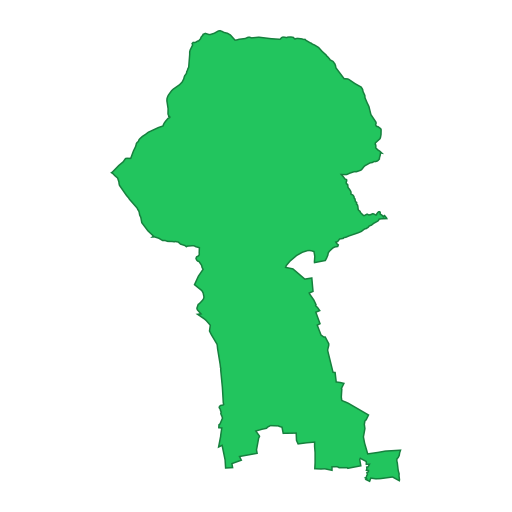 the district of Beclean, Brasov, Romania
{"feature_id": "2599482B11377759277161", "entity_name": "Beclean", "entity_type": "district", "adm_level": 2, "iso_a3": "ROU", "parent_name": "Romania", "parent_adm1": "Brasov", "projection": "mercator", "projection_center": [24.929, 45.848], "detail": "fine", "context": "isolated", "style": "filled", "palette": "green", "viewbox_px": 512, "rotation_deg": 0, "n_neighbors": 0, "source": "geoboundaries", "source_scale": "gbopen_adm2", "svg_char_len": 6036}
<svg xmlns="http://www.w3.org/2000/svg" viewBox="0 0 512 512"><path d="M399.3,480.7L399.5,479.7L399.0,475.9L399.1,473.7L398.3,471.0L398.0,469.0L397.3,462.9L396.8,460.9L396.9,459.4L397.0,458.8L398.2,457.5L399.2,455.5L399.7,452.5L400.5,450.2L385.3,451.1L378.2,452.4L367.7,453.9L364.6,443.2L363.4,436.9L364.9,428.6L364.3,424.1L364.7,422.6L364.5,422.0L365.3,420.4L366.1,419.9L368.5,415.0L348.2,403.2L341.8,400.5L341.3,397.1L341.8,389.1L341.4,388.5L343.9,383.4L340.2,382.5L336.2,382.0L335.1,372.5L333.0,372.3L327.7,350.7L327.7,349.5L328.7,345.6L328.8,343.9L325.2,337.0L323.7,337.0L321.0,335.0L317.2,325.1L320.0,323.7L315.8,312.2L319.7,310.6L317.5,307.5L315.7,305.8L315.6,305.4L316.0,304.7L313.8,300.0L309.6,294.0L309.2,293.0L313.0,291.4L311.8,278.0L304.8,279.1L292.9,268.9L285.6,267.4L286.3,265.5L290.0,261.1L296.7,255.4L302.5,252.2L307.5,250.6L309.6,250.5L311.7,250.8L314.0,251.6L314.8,256.4L314.4,261.9L314.5,262.6L325.3,260.5L326.5,258.3L327.8,255.2L328.3,252.7L329.7,250.9L332.6,248.2L333.7,247.5L335.1,246.9L337.7,246.5L338.3,244.9L336.8,243.7L335.8,242.1L337.6,241.6L339.6,239.0L343.2,238.4L343.7,237.7L346.0,237.2L349.0,235.9L358.4,232.7L361.4,231.4L364.6,228.9L366.2,228.6L368.3,227.2L369.2,226.0L371.5,225.1L373.6,223.4L377.7,221.1L378.4,220.5L379.2,219.1L381.6,218.8L386.8,218.6L386.5,217.9L384.5,215.5L384.1,215.7L383.8,216.6L383.4,216.9L381.9,215.1L380.1,214.0L380.2,212.6L380.1,212.1L379.5,211.7L378.6,211.8L377.8,212.5L376.8,213.8L376.5,214.8L376.2,215.0L375.5,215.0L375.0,214.5L372.9,213.7L371.5,214.2L370.8,214.8L370.3,214.6L369.1,215.0L368.7,215.0L367.4,214.2L366.9,214.2L364.3,215.6L363.7,215.6L363.2,215.2L360.5,212.6L360.2,212.0L360.1,211.4L358.8,210.4L358.2,209.6L357.8,206.3L357.5,205.0L356.5,204.2L356.7,202.9L356.6,202.4L355.6,201.7L355.3,201.2L355.0,199.2L354.9,198.8L354.2,198.2L353.9,196.4L352.8,195.0L351.0,194.1L350.9,193.8L351.0,192.3L350.8,191.5L349.5,189.3L348.0,187.5L347.7,184.6L347.2,184.1L346.6,184.0L346.4,183.6L346.2,182.9L346.2,182.0L346.7,181.0L346.7,179.9L346.4,179.5L345.6,179.4L344.9,178.9L343.5,177.0L341.3,174.5L346.2,174.6L347.3,174.3L349.7,173.2L354.1,171.7L356.5,171.7L360.8,170.2L361.7,169.5L364.0,166.6L365.0,165.7L370.0,162.9L372.4,162.5L374.0,161.5L375.3,161.6L376.9,161.2L378.0,160.5L379.4,159.0L379.4,158.0L380.2,155.2L380.5,152.9L381.8,153.1L379.8,151.2L377.8,149.9L375.9,148.0L375.7,147.3L375.9,146.1L375.6,144.6L375.2,144.2L375.4,142.9L380.0,138.7L380.5,137.3L381.0,134.5L381.1,129.7L380.7,128.7L377.9,126.6L376.5,126.4L375.9,125.4L375.7,124.3L376.1,123.2L375.9,122.1L370.9,114.6L368.9,106.5L367.1,102.8L365.0,97.8L364.8,95.4L363.0,91.5L362.6,89.4L361.2,87.1L355.1,83.7L348.6,79.3L347.3,78.9L344.1,78.7L335.9,67.8L335.5,65.6L334.7,63.6L333.9,62.7L333.5,62.0L332.8,61.3L330.0,59.8L329.6,59.0L327.4,56.5L326.7,56.1L326.3,55.2L322.1,51.4L318.6,47.5L314.5,45.0L312.5,44.2L311.1,43.1L310.5,43.0L308.1,41.6L305.6,40.1L305.1,39.4L303.2,39.4L301.9,38.9L297.6,38.4L295.8,38.6L295.1,39.0L294.7,38.9L293.3,37.4L290.9,37.0L287.9,37.1L286.8,37.6L283.8,37.1L282.5,37.2L281.5,37.7L280.2,39.2L279.8,39.3L271.1,38.7L258.8,37.2L251.6,37.9L249.5,37.2L248.0,37.3L245.3,38.5L239.0,39.3L237.0,39.9L235.1,40.2L230.4,35.0L227.5,33.3L223.8,32.4L222.5,31.6L220.1,30.7L218.3,31.0L214.2,33.3L210.0,34.6L208.8,34.5L205.3,33.4L203.0,34.4L203.0,35.0L201.0,37.3L200.8,38.3L200.4,39.0L198.8,40.7L198.3,41.1L197.5,41.1L195.9,42.2L194.2,42.6L193.2,42.4L192.1,43.6L192.5,44.6L192.6,45.1L190.2,50.0L189.7,51.9L189.7,54.5L188.7,67.2L187.8,68.9L187.5,70.2L186.7,71.7L186.5,73.3L184.7,75.8L184.2,77.1L183.8,78.8L182.2,82.0L179.6,84.7L173.3,89.1L171.6,90.7L168.7,94.7L168.0,95.9L167.4,97.4L167.0,98.7L166.9,100.9L168.1,108.7L168.0,114.0L168.6,115.5L168.7,116.3L169.3,116.3L169.7,116.6L169.8,117.5L168.1,118.3L165.5,121.3L164.3,123.0L163.4,124.7L163.2,125.7L162.9,126.0L158.3,127.6L148.4,132.2L145.2,134.6L142.4,136.4L140.1,138.5L139.1,139.6L138.3,141.5L137.0,142.6L136.3,143.8L136.1,144.9L135.5,146.8L133.5,150.9L130.7,158.4L127.2,158.3L125.9,158.4L125.4,158.7L123.2,161.8L118.8,165.5L112.5,172.0L111.5,172.7L112.9,173.6L114.9,175.7L117.6,178.0L118.9,181.9L119.1,183.8L119.5,185.4L126.6,195.6L128.7,198.0L129.4,199.2L137.0,207.9L137.5,208.8L137.8,209.7L138.4,210.3L139.1,211.8L139.7,215.1L140.8,217.4L141.8,222.7L147.9,230.8L153.5,236.1L152.4,237.0L154.5,236.9L158.7,238.2L162.6,240.5L165.1,240.5L167.7,241.4L172.4,241.5L174.3,241.8L175.1,241.5L178.2,242.0L180.5,244.1L184.9,245.5L186.4,246.7L187.4,246.1L192.4,245.7L194.3,245.8L195.5,246.6L199.4,247.7L199.2,252.6L199.3,254.5L199.0,255.1L198.3,256.0L196.7,256.8L196.4,257.2L196.0,258.6L196.8,260.2L197.7,261.1L198.9,261.4L201.3,264.8L201.7,265.7L202.1,267.5L203.1,269.3L198.4,276.2L194.5,284.7L201.8,290.6L203.1,292.8L204.0,297.1L203.5,298.9L202.5,300.3L199.4,303.6L198.2,304.4L196.9,308.2L197.3,309.7L201.0,313.9L197.6,314.3L204.6,319.1L206.3,320.6L210.2,325.1L210.3,325.3L209.5,331.0L211.3,334.6L216.9,344.0L217.2,344.9L217.6,348.8L220.2,364.6L220.5,367.5L220.8,368.2L220.7,369.9L222.4,387.5L223.3,402.8L223.7,404.3L222.9,405.1L220.7,405.4L219.5,406.4L219.2,407.7L220.3,409.3L220.5,410.5L221.2,412.1L220.8,413.3L221.2,414.9L221.6,415.3L222.4,417.8L222.4,418.4L220.4,423.1L219.8,424.2L219.0,424.7L218.8,427.7L221.8,428.0L220.7,435.3L220.7,436.1L218.6,447.0L222.1,445.3L225.1,459.9L225.6,468.0L232.6,467.6L231.9,463.6L241.3,460.2L239.5,456.5L257.1,453.3L256.5,449.8L258.7,437.9L259.5,436.6L259.4,436.0L255.8,431.0L262.1,429.2L266.5,428.3L267.6,427.1L270.4,425.6L278.6,425.9L279.0,426.3L282.0,427.2L283.2,433.3L296.2,433.1L296.5,440.4L298.1,443.9L306.4,442.8L314.6,442.1L314.6,446.5L315.1,452.6L315.1,462.8L314.8,468.7L321.0,469.0L324.8,468.8L332.0,470.3L332.0,466.8L337.3,466.7L339.1,467.7L347.3,467.7L347.8,468.3L360.8,465.8L359.7,459.6L360.3,458.3L366.3,461.5L366.3,464.3L369.5,464.2L368.1,466.9L366.7,467.1L366.9,468.5L366.4,470.3L368.5,470.4L368.4,471.8L366.9,472.6L367.4,474.7L366.7,475.7L366.2,477.5L365.3,477.9L366.6,478.8L365.9,479.5L369.6,481.3L370.8,478.1L375.8,478.8L380.5,478.6L392.5,477.0L399.3,480.7Z" fill="#22c55e" stroke="#15803d" stroke-width="1.5"/></svg>